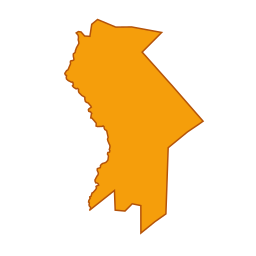 Strafford, New Hampshire, United States of America, rotated 191°
{"feature_id": "52423323B44709532305945", "entity_name": "Strafford", "entity_type": "district", "adm_level": 2, "iso_a3": "USA", "parent_name": "United States of America", "parent_adm1": "New Hampshire", "projection": "robinson", "projection_center": [-70.925, 43.327], "detail": "fine", "context": "isolated", "style": "filled", "palette": "amber", "viewbox_px": 256, "rotation_deg": 191, "n_neighbors": 0, "source": "geoboundaries", "source_scale": "gbopen_adm2", "svg_char_len": 2298}
<svg xmlns="http://www.w3.org/2000/svg" viewBox="0 0 256 256"><g transform="rotate(191 128 128)"><path d="M149.9,40.3L149.8,40.2L129.4,64.1L124.9,44.9L115.1,45.9L109.4,54.4L100.6,54.3L95.3,27.3L83.7,41.2L74.4,50.9L84.8,116.3L68.8,135.6L59.4,145.0L55.6,149.0L93.2,178.3L95.1,179.7L128.6,205.2L113.2,228.2L133.2,228.0L143.7,227.9L159.3,224.7L178.6,228.7L183.4,222.9L182.9,210.7L188.1,210.0L192.4,213.3L195.1,213.2L197.0,211.4L194.7,209.6L194.3,208.8L193.9,207.4L193.7,205.0L192.7,203.0L192.4,201.5L193.9,197.0L194.4,193.5L194.2,192.5L194.9,191.2L195.3,190.9L195.6,190.7L195.8,190.2L195.4,188.1L194.2,185.2L194.3,184.4L194.6,184.1L195.7,183.4L196.7,183.2L197.2,182.6L197.2,181.8L197.0,181.1L196.8,180.7L196.7,179.9L198.0,173.8L198.3,173.4L199.2,172.7L200.4,169.7L200.4,169.4L199.9,168.6L199.6,168.2L198.9,167.9L198.4,167.9L198.2,165.5L197.7,164.5L197.7,164.4L196.0,163.3L195.8,163.3L195.3,163.0L194.7,162.9L194.3,162.8L192.4,162.2L191.2,162.5L190.8,162.2L189.9,159.9L190.0,159.5L190.4,159.2L190.6,158.8L189.2,157.6L186.4,156.5L185.3,157.2L184.3,156.8L183.8,156.3L183.8,155.3L183.3,154.0L182.6,153.2L179.5,151.1L176.5,150.1L176.2,149.8L175.9,148.1L174.9,145.9L173.7,145.3L171.7,144.9L170.9,144.2L168.5,142.3L168.0,141.5L169.2,140.2L170.0,139.4L170.4,138.3L169.7,136.9L169.0,136.7L168.0,136.9L167.2,136.1L166.4,135.5L166.6,134.8L166.5,130.8L165.4,130.8L165.1,130.6L162.7,128.8L160.3,126.8L160.0,126.2L159.8,124.7L159.7,123.8L158.2,123.6L153.4,124.7L152.9,125.3L151.8,124.7L151.4,123.4L150.5,122.1L149.3,121.7L148.3,121.0L146.3,116.4L145.7,115.2L146.0,113.1L145.2,111.4L143.4,108.7L142.6,107.7L142.2,106.5L142.1,106.2L142.1,104.4L142.3,103.4L141.5,102.3L141.5,101.5L141.6,100.7L143.1,100.1L143.2,98.9L143.1,98.3L142.1,97.3L141.8,96.5L141.6,93.1L141.8,92.2L143.1,90.1L144.7,89.0L145.8,88.6L147.0,87.5L147.9,86.0L147.6,84.6L147.8,83.7L150.3,82.3L150.3,81.4L150.1,80.4L148.7,78.5L148.4,77.3L148.6,76.1L149.3,74.8L150.5,70.7L150.2,69.5L149.2,68.0L148.7,68.2L147.0,67.8L146.4,67.3L145.9,66.3L148.0,64.9L148.2,64.2L147.7,63.6L147.5,62.7L148.4,60.7L150.0,58.0L150.9,57.4L151.3,53.8L152.4,53.1L152.2,52.4L151.7,51.9L152.6,49.4L152.6,47.8L151.7,47.2L151.6,46.9L151.6,45.3L151.2,44.2L149.8,43.1L149.6,42.7L149.5,42.1L149.6,41.2L149.9,40.3L149.9,40.3Z" fill="#f59e0b" stroke="#b45309" stroke-width="1.5"/></g></svg>